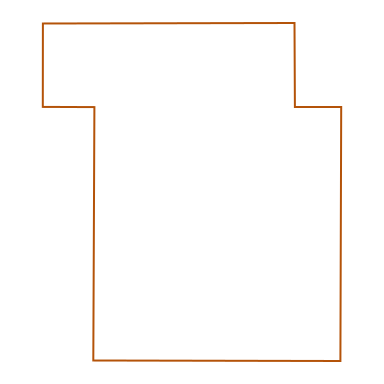 Ida, Iowa, United States of America
{"feature_id": "52423323B51370966156719", "entity_name": "Ida", "entity_type": "district", "adm_level": 2, "iso_a3": "USA", "parent_name": "United States of America", "parent_adm1": "Iowa", "projection": "mercator", "projection_center": [-95.508, 42.386], "detail": "fine", "context": "isolated", "style": "outline", "palette": "amber", "viewbox_px": 384, "rotation_deg": 0, "n_neighbors": 0, "source": "geoboundaries", "source_scale": "gbopen_adm2", "svg_char_len": 229}
<svg xmlns="http://www.w3.org/2000/svg" viewBox="0 0 384 384"><path d="M340.4,361.0L341.2,107.0L294.9,107.0L294.5,23.0L42.9,23.5L42.8,106.9L94.4,107.1L93.3,360.5L340.4,361.0Z" fill="none" stroke="#b45309" stroke-width="2"/></svg>